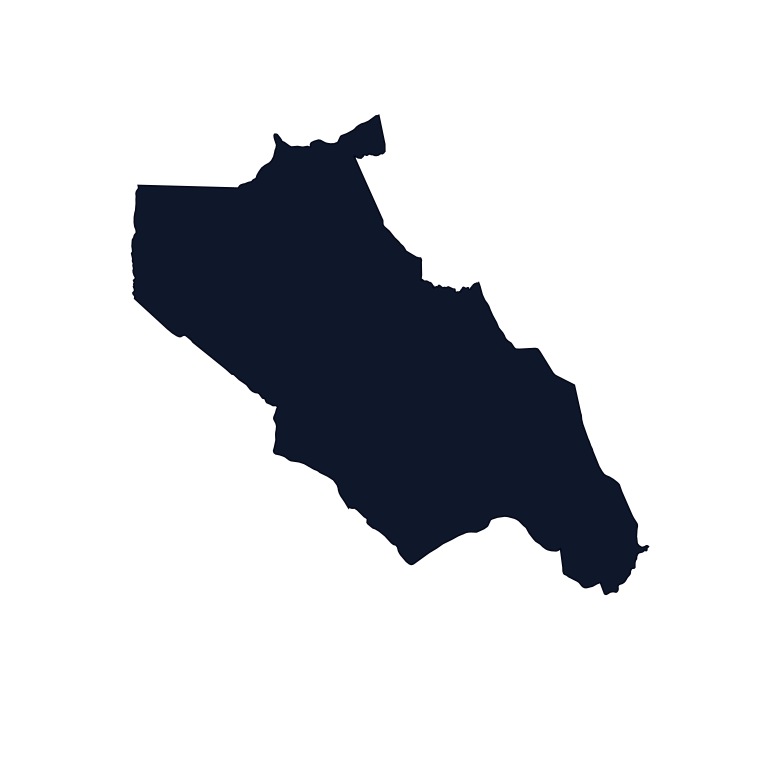 outline of Maringue, Sofala, Mozambique, rotated 145°
{"feature_id": "85939544B35485552295049", "entity_name": "Maringue", "entity_type": "district", "adm_level": 2, "iso_a3": "MOZ", "parent_name": "Mozambique", "parent_adm1": "Sofala", "projection": "natural_earth1", "projection_center": [34.474, -17.814], "detail": "fine", "context": "isolated", "style": "filled", "palette": "ink", "viewbox_px": 768, "rotation_deg": 145, "n_neighbors": 0, "source": "geoboundaries", "source_scale": "gbopen_adm2", "svg_char_len": 6123}
<svg xmlns="http://www.w3.org/2000/svg" viewBox="0 0 768 768"><g transform="rotate(145 384 384)"><path d="M484.1,302.8L483.1,303.3L482.8,302.3L481.7,300.9L480.3,299.8L479.5,299.9L478.0,296.2L476.3,286.6L475.2,284.1L475.1,283.4L475.3,282.6L477.3,280.3L477.4,278.8L475.7,272.6L474.0,270.2L472.2,266.1L470.2,259.1L469.0,249.7L468.2,247.2L466.7,245.4L466.5,244.7L466.5,242.4L467.9,238.8L468.2,236.6L468.3,234.4L467.5,225.9L466.4,222.2L465.3,220.6L463.8,219.9L462.2,219.8L443.9,220.1L434.9,219.5L427.3,219.5L417.7,218.0L410.3,217.2L402.0,215.4L399.8,214.5L397.3,212.9L393.1,209.7L385.2,208.2L381.5,208.2L380.4,208.4L374.8,211.7L373.0,211.6L367.4,209.9L360.8,206.5L358.4,204.4L354.1,199.3L352.9,197.3L351.8,194.7L350.7,188.1L349.8,184.9L350.5,178.5L350.2,171.3L349.8,168.2L347.7,163.1L347.1,159.7L345.9,156.1L344.7,154.1L342.5,151.6L338.8,148.6L337.2,148.0L333.9,147.8L342.6,131.1L344.6,128.1L345.4,125.8L345.3,124.8L343.9,122.5L343.3,120.3L338.7,111.7L337.9,109.5L337.6,104.9L337.3,103.8L336.5,102.3L335.3,101.3L334.4,100.8L329.1,98.8L324.2,98.3L320.6,97.4L323.6,85.9L323.6,85.5L323.2,84.7L322.6,84.2L321.6,84.0L318.2,83.8L317.2,83.4L316.0,82.9L314.9,82.1L313.3,80.4L312.3,80.3L311.1,80.7L310.0,81.6L308.3,84.3L307.4,84.8L306.1,84.9L303.1,84.0L301.0,84.0L299.3,84.4L295.6,86.1L292.0,87.0L290.8,87.8L289.3,89.6L287.3,90.7L286.2,90.6L284.8,89.7L283.7,89.9L281.7,92.8L280.4,94.3L279.2,95.3L277.5,95.9L276.1,97.7L274.1,99.1L272.8,99.5L271.9,99.5L268.5,98.2L266.0,98.3L265.6,98.2L265.0,97.2L264.6,97.0L263.9,97.2L262.7,98.8L261.3,99.1L260.8,99.0L260.4,98.5L260.9,100.2L261.8,101.0L264.0,101.2L266.4,102.1L266.7,102.5L267.9,105.1L268.1,107.5L267.8,108.7L265.4,113.0L264.9,114.1L260.3,119.9L258.1,122.1L257.2,123.5L256.9,124.6L256.6,131.3L256.2,134.3L251.1,159.6L249.1,166.6L249.4,169.1L250.9,174.0L252.7,178.2L254.9,181.7L255.7,183.9L255.8,187.4L255.3,193.1L251.6,209.2L250.8,211.4L250.3,214.6L248.8,220.2L248.5,222.1L244.3,237.2L242.6,241.5L240.2,245.7L239.8,247.2L228.7,273.9L238.1,291.5L239.0,293.6L239.3,296.4L237.9,320.6L238.0,324.2L238.3,324.9L239.8,326.4L253.1,334.7L255.8,336.8L256.4,337.8L256.6,339.4L256.5,344.4L257.9,348.1L258.4,350.4L258.3,352.7L257.8,354.7L257.5,357.7L258.0,364.2L256.7,369.8L255.8,378.0L254.7,383.6L253.6,387.8L253.4,390.4L253.5,394.5L253.1,396.9L252.4,400.7L249.4,409.0L248.4,412.6L249.1,412.4L249.5,413.0L250.5,413.6L251.5,413.6L252.3,414.0L253.2,413.9L253.8,414.0L254.7,413.5L255.7,413.5L256.9,412.9L257.9,412.8L258.4,412.0L258.7,412.0L259.7,412.4L260.0,412.9L260.1,413.3L259.7,414.3L260.0,414.7L260.3,414.9L261.8,415.1L262.2,415.4L263.2,417.3L263.6,417.7L264.2,417.7L266.2,416.7L267.1,416.7L267.9,416.0L269.8,416.2L270.8,417.1L271.9,417.3L272.9,418.9L273.0,419.4L271.9,420.1L271.7,421.2L273.0,422.2L275.5,426.5L276.0,426.8L277.9,427.1L279.0,428.4L280.4,428.9L281.0,429.4L281.9,432.6L282.4,433.3L283.0,433.3L284.5,432.5L285.1,433.5L285.6,433.7L287.4,433.8L288.1,434.2L288.3,435.1L288.1,435.3L287.4,435.0L287.2,435.4L287.8,436.5L287.5,437.7L287.7,440.1L288.2,440.8L288.7,441.0L289.4,442.9L290.3,444.0L292.2,445.2L292.8,447.5L293.3,447.5L293.7,447.2L294.0,447.4L292.9,449.5L290.9,451.7L283.8,462.3L282.4,463.9L282.0,464.7L281.8,465.9L281.8,466.2L283.4,467.4L283.9,468.2L284.9,469.3L289.7,480.0L289.8,481.0L289.5,483.4L289.5,485.7L290.4,489.8L290.5,492.2L291.6,497.7L292.1,506.2L293.6,512.3L293.7,513.7L293.4,515.4L291.2,518.8L281.4,570.0L277.9,587.5L277.1,587.3L276.8,586.2L276.0,585.5L275.5,584.1L273.4,582.3L272.9,582.1L271.3,582.5L270.6,582.4L270.4,582.6L270.4,583.1L270.1,583.5L269.2,583.0L268.4,583.0L267.7,582.4L267.2,581.5L266.7,581.1L265.7,581.0L264.8,581.3L263.6,580.4L262.9,579.3L261.8,578.4L261.2,578.1L261.1,577.5L260.7,576.8L259.4,575.7L257.5,574.8L254.9,574.7L253.9,574.3L253.3,573.6L252.7,573.5L251.3,573.6L250.4,574.1L249.9,574.0L245.8,580.0L234.1,607.1L235.5,607.4L236.6,608.2L245.8,608.0L250.1,608.8L253.4,609.9L256.8,610.2L259.2,610.1L261.2,609.6L263.7,609.4L271.0,610.3L276.5,611.7L277.6,611.6L282.8,608.6L283.9,608.5L287.2,609.4L290.4,611.5L293.0,614.0L294.1,615.6L296.4,620.1L297.8,621.4L302.0,622.8L305.1,623.3L306.6,622.6L307.1,622.0L307.5,620.9L307.8,620.7L309.0,620.6L310.5,622.5L314.9,624.6L318.5,628.1L323.9,631.2L325.0,633.0L327.1,639.0L328.5,641.3L328.2,642.5L328.1,644.7L328.4,649.5L328.8,650.2L330.1,651.3L330.5,651.3L331.4,650.7L332.5,648.8L333.4,646.2L334.7,641.8L335.7,640.2L336.2,640.1L336.7,639.4L339.2,637.7L340.5,636.4L343.9,633.4L347.9,631.3L351.1,630.7L356.2,631.2L360.2,631.0L364.5,629.5L367.7,628.0L369.0,627.2L369.8,626.3L371.4,625.8L373.9,626.2L376.5,625.6L379.4,626.8L383.5,627.8L384.4,628.3L387.0,629.1L388.3,629.1L391.0,628.2L391.6,628.5L471.5,687.7L472.0,686.4L472.7,685.1L476.2,683.8L477.8,682.4L479.3,679.7L481.0,677.6L483.5,673.9L487.8,668.7L489.7,667.1L492.7,664.0L495.9,659.6L497.8,656.0L498.5,653.0L499.1,651.6L499.9,650.3L500.7,649.7L502.4,649.3L503.6,648.7L504.7,647.6L507.4,646.3L511.5,641.2L512.1,639.8L513.7,636.9L514.1,636.5L515.9,635.7L517.9,630.8L519.3,629.2L519.8,628.2L520.0,626.6L521.6,625.1L522.9,622.0L524.3,621.0L525.3,619.4L526.3,616.3L526.4,614.3L526.8,613.6L527.4,612.9L529.7,612.6L530.3,610.5L530.7,609.9L531.7,609.5L532.4,607.8L533.3,607.6L533.7,606.4L533.8,605.3L534.7,603.8L535.3,603.2L537.5,602.7L537.9,601.3L537.7,599.4L538.2,598.1L539.3,597.1L529.6,553.2L528.0,547.4L526.0,542.5L524.5,540.2L523.3,539.4L521.1,539.2L519.5,538.7L518.4,537.1L516.6,530.5L516.5,527.7L504.7,486.9L503.0,479.5L501.5,477.9L500.0,470.6L496.9,462.3L496.6,456.4L495.9,453.5L494.4,451.0L492.4,449.1L491.7,447.7L491.6,442.5L491.4,441.9L490.3,440.8L490.0,440.1L490.7,437.1L490.6,435.8L488.6,432.7L487.5,430.3L486.6,429.4L485.4,428.9L484.6,427.8L484.2,426.2L486.4,424.9L489.3,422.5L492.9,420.2L493.8,419.3L494.4,418.2L495.0,413.8L495.8,411.6L496.3,410.7L498.6,408.0L499.9,406.8L501.4,405.0L504.7,399.9L509.7,395.2L512.8,392.6L513.4,390.8L512.9,389.0L509.9,385.8L508.0,383.2L506.7,381.1L505.2,376.4L504.2,374.6L498.2,369.0L494.9,364.6L490.1,354.4L488.3,351.7L487.7,350.4L487.1,348.3L483.0,341.0L480.3,334.4L480.2,328.1L481.1,325.0L482.1,323.1L483.0,320.4L483.5,317.2L483.6,310.0L484.1,302.8Z" fill="#0f172a" stroke="#020617" stroke-width="1.5"/></g></svg>